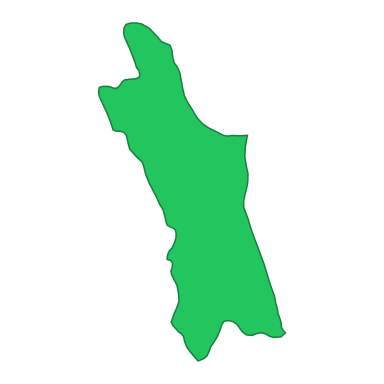 Douya-Onoyè, Ngounié, Gabon
{"feature_id": "22940354B97081518304262", "entity_name": "Douya-Onoyè", "entity_type": "district", "adm_level": 2, "iso_a3": "GAB", "parent_name": "Gabon", "parent_adm1": "Ngounié", "projection": "natural_earth1", "projection_center": [11.048, -1.613], "detail": "fine", "context": "isolated", "style": "filled", "palette": "green", "viewbox_px": 384, "rotation_deg": 0, "n_neighbors": 0, "source": "geoboundaries", "source_scale": "gbopen_adm2", "svg_char_len": 2136}
<svg xmlns="http://www.w3.org/2000/svg" viewBox="0 0 384 384"><path d="M247.4,135.3L240.5,135.8L231.8,135.5L228.0,136.1L223.6,135.5L217.8,132.4L212.9,130.0L207.7,127.4L202.3,123.5L197.6,118.4L194.5,113.5L192.2,109.5L187.3,101.8L184.3,95.5L182.6,87.9L181.3,80.8L180.1,73.9L178.3,68.9L176.5,65.8L174.3,63.1L172.8,57.6L171.9,50.1L170.0,45.2L167.8,44.2L164.5,43.1L161.2,41.4L158.2,37.7L153.9,33.1L149.5,28.5L145.9,26.3L141.6,23.9L136.4,23.0L130.6,23.0L125.9,24.5L124.1,27.9L123.7,32.9L124.5,37.1L126.7,42.0L129.3,47.7L131.6,53.5L135.0,62.4L136.5,67.4L138.9,70.6L139.8,74.8L139.2,77.1L136.2,78.6L130.5,79.2L124.6,79.9L122.2,81.9L119.6,85.7L117.2,87.9L114.0,88.4L112.0,87.5L108.5,86.4L103.4,86.3L99.4,87.3L98.5,91.6L99.1,95.9L101.2,100.6L106.5,111.9L110.4,121.6L113.1,130.0L116.0,131.1L119.8,131.2L122.2,131.7L124.2,132.7L126.3,135.4L127.4,139.9L128.7,145.7L129.7,149.2L132.3,152.1L135.3,155.5L137.8,158.1L140.6,160.5L142.5,162.8L143.9,166.7L144.8,171.1L146.3,176.0L147.9,179.8L149.3,183.4L151.4,187.2L153.6,191.8L156.3,196.5L159.5,204.0L163.1,209.9L165.0,216.9L166.2,222.5L167.3,225.3L170.7,227.1L173.5,228.2L175.3,229.9L176.1,233.2L176.0,237.5L175.1,240.9L173.8,244.3L171.8,248.3L169.4,250.7L167.9,254.0L167.2,257.3L167.2,259.5L170.7,260.5L172.5,263.0L172.4,267.3L171.0,270.4L171.4,274.2L173.9,279.4L176.9,285.0L178.5,293.2L179.0,301.1L177.0,307.2L174.3,313.4L172.4,318.4L171.2,322.0L173.0,325.7L179.4,332.6L181.8,334.0L183.5,336.6L184.7,341.7L186.7,346.9L190.3,352.0L198.1,361.0L204.0,358.5L207.0,355.9L209.1,351.4L210.7,346.8L213.0,343.5L215.6,339.5L217.7,335.9L220.1,329.8L221.9,324.4L224.2,321.3L228.0,320.5L232.8,321.5L237.1,324.5L240.6,329.5L243.5,332.9L246.7,335.0L252.3,335.4L255.7,333.9L261.0,332.7L265.5,333.9L269.8,336.4L273.7,337.4L281.1,336.9L282.8,335.1L285.5,332.9L283.2,330.4L281.5,327.4L281.2,323.1L279.6,317.7L278.0,313.5L277.4,308.9L275.6,302.6L274.6,296.5L269.7,282.9L264.1,264.2L252.9,234.1L249.9,225.5L248.3,219.4L245.3,211.7L243.7,206.9L243.6,201.6L244.5,196.7L245.7,191.7L247.1,185.9L247.9,180.6L247.9,173.0L246.2,165.8L244.8,156.2L245.4,146.4L247.4,135.3Z" fill="#22c55e" stroke="#15803d" stroke-width="1.5"/></svg>